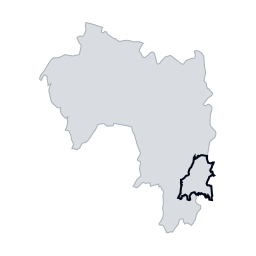 location of Beyla, Beyla, Guinea, rotated 11°
{"feature_id": "49546643B61238663992809", "entity_name": "Beyla", "entity_type": "district", "adm_level": 2, "iso_a3": "GIN", "parent_name": "Guinea", "parent_adm1": "Beyla", "projection": "equal_earth", "projection_center": [-8.173, 8.91], "detail": "medium", "context": "in_parent", "style": "outline", "palette": "ink", "viewbox_px": 256, "rotation_deg": 11, "n_neighbors": 0, "source": "geoboundaries", "source_scale": "gbopen_adm2", "svg_char_len": 5414}
<svg xmlns="http://www.w3.org/2000/svg" viewBox="0 0 256 256"><g transform="rotate(11 128 128)"><path d="M155.4,178.9L153.4,178.6L152.5,179.1L149.8,183.2L148.2,184.9L145.8,184.4L144.9,184.7L144.2,184.2L145.1,181.9L146.4,177.4L149.7,172.8L149.7,171.8L148.4,169.2L147.0,165.5L147.0,161.6L146.8,158.8L143.9,158.0L143.4,157.5L143.3,156.6L144.9,151.7L145.0,150.7L144.8,149.9L143.1,147.4L140.3,142.8L135.6,133.3L133.8,131.4L132.2,128.5L131.5,126.6L129.8,126.0L113.2,126.1L112.9,128.6L107.2,130.2L103.6,128.3L99.7,129.4L97.8,130.7L96.3,136.2L95.5,137.4L94.6,139.8L93.9,141.2L93.0,143.9L91.1,147.8L89.2,150.3L85.8,151.7L84.8,155.7L84.0,157.2L82.7,158.4L81.3,159.2L78.6,158.4L77.1,159.2L76.9,158.1L77.7,154.9L77.1,153.2L74.5,149.9L74.2,148.2L73.4,146.2L70.0,141.8L66.8,142.1L67.7,138.5L67.7,133.7L66.7,131.1L66.9,128.4L66.4,128.6L65.3,130.4L63.6,129.8L60.1,127.0L58.3,124.2L58.1,121.8L57.8,120.9L56.7,121.4L54.5,121.4L47.9,117.2L43.2,106.6L43.1,104.3L43.8,100.2L43.7,99.1L41.5,101.8L41.1,100.0L39.4,95.7L39.0,93.3L37.4,92.2L36.1,92.0L35.1,92.8L33.8,97.8L32.8,97.7L31.8,96.7L32.1,93.0L34.6,88.4L39.0,76.7L40.6,74.1L41.6,73.2L43.6,73.0L47.5,71.5L52.4,67.9L56.1,68.1L60.5,67.7L66.2,65.2L66.4,57.4L66.2,55.7L64.2,54.1L63.0,52.8L62.0,51.0L60.8,49.8L60.8,48.5L63.4,46.8L65.7,46.9L66.5,46.2L67.0,45.1L67.7,42.3L68.0,39.3L66.5,35.4L66.6,32.5L74.9,32.9L79.5,33.7L83.3,33.9L83.9,34.6L83.3,37.3L83.8,38.9L85.1,39.4L87.2,37.5L88.3,37.9L90.6,40.3L92.8,40.9L95.2,42.2L97.4,42.9L99.4,42.8L100.9,44.2L103.7,44.6L107.3,42.9L110.2,42.1L114.2,42.0L116.2,42.5L122.3,41.2L127.1,41.9L126.3,42.8L124.1,49.1L124.4,50.2L129.2,55.5L130.4,55.9L131.7,55.1L133.8,52.7L135.4,50.1L137.0,48.8L138.9,48.9L140.3,50.7L143.8,58.5L144.6,59.5L145.5,59.5L147.0,58.1L147.7,56.3L151.0,51.2L155.9,48.6L167.7,54.5L169.4,55.0L170.4,54.5L171.9,51.0L176.3,48.0L178.4,47.2L179.7,47.1L180.1,46.2L180.3,44.7L180.1,43.3L178.7,40.6L178.7,39.8L179.5,39.3L181.2,38.9L183.4,39.2L185.8,40.3L187.8,42.0L189.0,44.0L191.1,52.2L193.6,58.7L193.5,67.4L194.6,68.3L195.8,68.7L196.4,69.3L197.6,72.9L198.7,74.0L200.1,74.2L202.6,76.5L204.3,77.4L204.5,78.1L204.4,79.1L203.8,80.3L201.3,82.7L200.1,84.7L197.6,89.7L197.5,90.6L198.1,91.2L199.1,91.4L200.2,91.0L202.5,89.2L204.3,89.9L206.1,91.2L206.7,92.7L206.9,94.5L206.5,97.0L206.4,99.7L207.0,104.3L207.9,108.9L208.8,110.5L214.6,114.6L215.2,116.1L215.5,117.8L215.1,120.2L214.5,121.5L211.3,125.1L210.8,126.8L211.0,130.0L211.3,143.5L212.5,145.8L214.0,146.9L217.5,146.3L217.4,150.1L217.0,154.3L219.0,155.6L220.0,156.8L220.6,158.0L217.4,160.3L216.4,161.6L216.0,165.1L216.1,168.3L220.5,170.7L222.1,173.4L222.9,176.2L223.1,181.5L222.8,182.8L221.6,182.8L219.4,179.5L216.1,179.2L213.6,178.6L209.4,179.0L208.7,180.0L208.2,187.0L209.2,188.2L211.2,189.6L212.5,190.1L213.6,190.0L214.4,190.9L214.6,193.2L214.0,194.9L212.9,196.5L211.5,200.6L211.8,204.3L209.5,210.3L208.8,211.5L205.7,210.3L203.6,209.9L202.2,211.4L200.1,209.1L199.8,207.3L199.0,206.9L197.6,206.9L196.4,207.9L195.8,209.8L195.5,213.6L193.3,217.3L191.6,221.8L189.8,221.4L189.4,222.0L187.4,223.1L185.7,223.5L185.3,222.3L184.3,221.3L183.2,219.3L181.9,217.8L179.5,216.7L178.6,217.2L177.4,217.1L176.7,216.4L176.8,215.5L178.0,213.1L178.8,211.0L179.2,208.6L179.2,206.3L178.5,203.2L177.4,200.6L177.2,199.2L177.3,197.1L177.0,195.1L176.7,194.1L176.2,190.4L175.5,189.8L175.2,186.8L175.3,183.8L174.4,182.7L172.9,181.8L172.0,180.6L171.5,179.3L171.0,179.0L170.5,179.0L170.1,179.8L169.6,180.0L168.8,177.2L168.4,177.1L167.8,177.7L161.1,180.9L160.2,178.2L158.9,177.7L156.7,178.8L155.4,178.9Z" fill="#d9dde1" stroke="#a8b0b8" stroke-width="1"/><path d="M208.4,180.4L208.7,179.6L209.1,179.8L209.0,179.5L209.7,178.3L210.7,178.5L210.8,179.0L211.2,178.6L211.7,179.1L212.4,178.2L212.7,178.5L213.1,178.2L215.2,179.0L215.6,178.4L216.1,178.6L216.5,178.4L217.1,179.0L216.8,179.1L217.1,179.9L216.9,179.7L216.8,180.1L217.2,180.2L217.2,180.7L217.8,180.7L217.8,181.3L218.7,181.2L219.2,180.6L219.1,179.5L219.3,178.7L220.4,179.7L221.5,182.8L224.2,182.7L223.1,180.2L223.7,178.9L223.7,178.2L223.0,176.8L220.9,169.2L220.3,168.8L219.4,169.1L218.5,168.7L217.0,169.1L216.4,168.6L215.8,167.5L216.0,165.5L217.0,162.0L217.0,160.7L217.3,160.2L218.3,159.5L219.0,158.4L219.7,158.0L221.0,158.6L221.7,158.1L220.4,157.2L219.7,156.4L219.7,156.0L219.1,155.6L219.2,154.8L218.7,154.6L217.9,155.4L216.9,154.3L216.8,153.3L217.8,150.7L217.7,148.9L218.3,147.7L218.7,145.5L217.9,145.6L217.7,146.3L217.0,146.2L215.7,147.0L213.3,146.8L211.3,143.2L211.4,142.5L211.0,142.2L211.0,140.4L205.7,140.5L204.6,141.0L203.4,142.2L202.3,141.8L202.0,142.1L202.2,142.9L201.9,143.7L201.5,143.5L200.9,144.3L200.7,143.9L200.4,144.1L200.3,145.3L199.6,145.6L199.5,144.9L199.1,144.7L198.8,143.3L198.3,144.6L198.7,147.6L198.6,150.2L198.2,150.8L198.1,152.3L197.6,153.2L197.6,154.3L196.4,156.0L195.9,158.5L196.0,160.4L196.6,161.4L196.6,162.2L196.1,162.9L194.1,163.9L192.9,166.2L190.4,168.7L189.9,168.8L190.4,170.8L190.6,170.8L190.5,171.5L191.0,171.5L190.8,171.9L191.0,173.7L191.7,173.7L191.4,176.2L191.7,180.2L192.1,181.7L191.8,181.9L191.6,183.6L191.1,184.5L190.5,187.0L192.0,187.0L193.1,187.8L193.4,187.7L194.0,186.8L193.7,185.6L194.4,185.1L194.2,184.4L194.6,184.4L195.3,183.8L195.8,183.9L196.1,183.2L196.9,182.5L198.0,182.9L199.0,183.7L199.3,184.2L200.0,186.8L200.9,186.7L201.2,187.1L201.9,187.1L202.7,186.4L201.4,183.0L202.7,179.9L204.9,178.5L205.5,178.8L205.9,178.5L206.6,179.5L207.4,179.8L207.5,180.3L208.4,180.4Z" fill="none" stroke="#020617" stroke-width="2"/></g></svg>